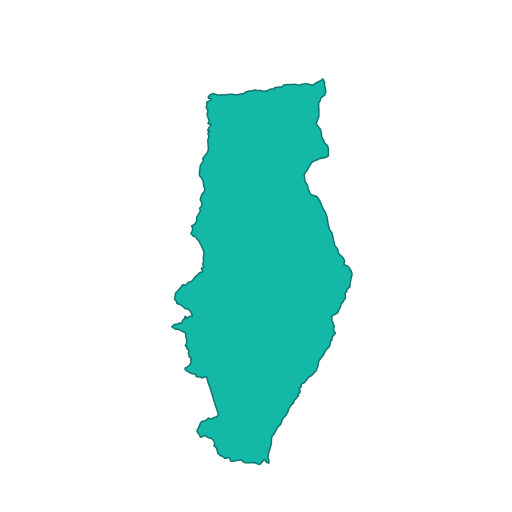 the district of Florencia, Cauca, Colombia, rotated 306°
{"feature_id": "7082276B30849628494153", "entity_name": "Florencia", "entity_type": "district", "adm_level": 2, "iso_a3": "COL", "parent_name": "Colombia", "parent_adm1": "Cauca", "projection": "mercator", "projection_center": [-77.092, 1.698], "detail": "fine", "context": "isolated", "style": "filled", "palette": "teal", "viewbox_px": 512, "rotation_deg": 306, "n_neighbors": 0, "source": "geoboundaries", "source_scale": "gbopen_adm2", "svg_char_len": 6110}
<svg xmlns="http://www.w3.org/2000/svg" viewBox="0 0 512 512"><g transform="rotate(306 256 256)"><path d="M361.0,124.9L358.8,124.0L356.5,124.0L356.1,124.2L355.8,124.9L356.9,126.9L356.2,127.8L354.5,127.4L352.2,126.1L351.2,125.9L350.8,126.1L350.0,127.2L346.9,128.4L345.6,131.3L343.8,132.4L342.2,132.9L341.6,133.4L340.3,135.0L338.2,138.4L337.3,138.8L335.2,139.2L335.0,139.4L335.0,140.2L336.4,142.0L336.2,142.4L331.3,142.6L329.3,143.1L329.0,143.7L329.9,144.6L329.8,145.1L329.1,145.4L327.6,145.0L326.8,145.2L325.5,147.0L325.0,147.4L323.9,148.1L321.6,148.8L321.0,149.2L315.3,154.0L313.4,155.2L311.4,155.8L304.3,155.6L303.0,156.1L302.6,157.1L302.3,157.4L300.4,157.6L296.7,157.6L289.4,161.7L288.3,162.5L287.8,163.3L287.0,166.1L286.1,168.3L285.4,169.2L281.2,173.3L280.4,175.0L279.9,175.5L277.9,176.2L273.5,176.1L269.3,177.5L268.5,178.2L267.8,180.0L266.2,181.8L264.6,182.5L262.6,182.5L262.1,182.3L261.3,182.4L260.1,184.3L259.6,184.6L253.0,185.2L251.8,185.7L249.6,187.4L248.6,187.6L245.2,187.6L242.6,186.3L241.1,188.4L239.9,189.2L238.1,189.8L236.0,190.2L235.6,190.8L235.6,192.7L235.1,194.0L236.2,195.4L235.9,196.5L235.0,198.1L234.5,201.1L231.4,207.2L229.6,210.0L228.2,212.0L227.6,212.5L223.7,214.2L221.0,216.6L218.2,217.7L216.2,220.0L215.6,220.1L214.6,219.3L213.9,219.2L213.5,219.5L212.7,221.4L212.1,222.0L211.7,222.0L209.6,220.4L208.6,220.0L206.8,220.0L205.3,219.4L202.7,219.0L198.0,218.9L197.4,218.7L196.1,217.6L194.3,216.6L191.2,216.3L190.6,215.6L190.3,214.4L189.5,213.7L188.8,213.5L185.9,213.6L184.1,213.3L182.6,213.4L179.7,212.8L177.7,213.1L176.7,213.9L173.4,215.4L172.8,216.5L172.5,218.8L172.2,219.2L171.6,219.3L171.2,219.8L171.3,221.0L172.1,223.0L172.3,224.4L172.3,226.2L171.9,229.1L171.9,230.2L172.5,230.9L172.9,231.7L173.0,233.2L172.7,235.3L171.1,238.4L170.1,239.7L169.8,239.7L168.5,238.2L167.6,237.5L165.0,236.6L164.9,236.0L165.7,235.0L165.6,234.2L164.7,234.3L163.5,234.9L162.6,234.9L161.2,234.5L157.9,235.2L157.3,234.9L156.6,233.3L156.0,232.9L154.9,232.9L153.9,231.4L152.6,230.2L151.1,229.8L149.3,229.6L149.2,231.0L149.5,232.3L149.4,234.1L150.3,235.0L151.3,236.8L151.6,240.0L152.0,241.0L151.8,241.7L152.2,242.9L152.3,244.1L151.7,244.9L149.4,246.8L147.2,249.3L145.9,250.3L145.7,250.8L145.1,251.1L142.2,251.4L142.0,251.6L141.7,252.1L141.5,253.3L140.3,254.9L140.3,256.4L140.1,257.1L139.7,257.7L138.5,258.0L137.7,258.4L137.3,258.7L136.9,259.8L135.2,261.1L135.0,262.5L135.4,263.5L135.2,263.9L133.3,264.3L132.3,265.8L129.9,266.3L127.9,266.2L124.7,265.4L123.8,264.5L123.2,264.7L122.4,265.6L122.4,267.9L122.8,271.8L123.5,274.2L125.0,276.1L124.6,276.8L123.5,278.3L123.4,279.0L125.1,281.6L125.5,282.7L125.4,283.8L125.6,284.1L128.6,286.2L129.0,287.0L128.9,287.5L125.2,291.9L123.3,295.0L111.5,310.7L106.2,318.3L105.7,318.6L104.5,318.8L102.7,318.7L100.4,316.6L99.0,316.5L98.2,316.0L97.6,315.1L97.3,313.6L96.7,312.7L94.9,312.4L92.8,311.8L91.0,309.9L89.5,309.2L88.0,309.3L84.7,310.2L80.0,310.9L79.6,311.2L78.8,312.8L78.2,315.3L76.8,317.3L77.1,318.1L77.4,318.4L80.4,320.0L80.9,320.5L80.8,322.9L81.0,324.3L82.0,326.6L82.3,328.0L81.9,329.4L81.2,331.4L80.7,332.0L79.4,333.1L77.8,333.5L77.4,336.8L74.0,341.3L73.5,344.0L73.5,344.7L74.1,345.5L74.3,346.2L74.0,349.5L74.5,350.5L76.5,352.0L77.0,352.9L76.7,353.9L75.4,355.6L75.4,356.6L75.9,357.5L77.9,359.5L80.1,361.2L81.1,362.7L82.0,363.3L82.3,364.1L82.0,366.3L82.3,368.8L88.0,376.4L89.3,381.2L90.2,381.8L95.4,382.1L96.0,382.3L96.1,383.1L95.5,385.1L95.5,386.4L95.8,388.0L96.9,387.6L98.1,386.6L100.4,383.9L101.7,383.0L104.1,381.9L105.7,381.5L112.8,378.9L118.0,375.6L119.1,375.1L119.8,375.0L120.5,375.2L121.7,374.9L123.1,375.2L124.3,374.9L126.4,374.7L129.0,374.2L131.2,374.3L134.5,374.9L139.6,373.3L144.6,373.8L148.3,373.5L152.0,372.3L156.5,372.1L159.1,372.8L161.0,371.8L161.8,371.8L164.7,372.3L166.2,372.2L168.1,372.6L168.6,371.0L169.3,371.0L170.9,371.8L172.1,371.6L172.7,371.0L173.0,370.0L173.9,369.5L174.3,368.5L174.6,368.4L175.8,369.5L176.3,369.5L179.2,368.0L179.8,368.1L180.9,369.0L182.3,369.7L185.1,369.7L186.0,369.9L188.8,369.8L189.6,370.0L191.7,371.2L198.9,372.1L200.2,371.6L202.4,371.2L208.1,368.5L215.9,368.8L218.4,368.1L220.0,367.9L221.7,368.0L224.4,368.5L225.7,368.5L226.8,368.4L230.9,366.5L233.0,366.8L233.8,365.9L235.0,365.4L236.2,365.3L239.8,365.6L240.3,365.4L240.6,364.9L241.0,362.9L242.3,361.9L245.4,360.4L245.9,359.8L246.0,358.4L247.2,357.7L248.2,355.4L251.2,353.2L251.9,353.0L253.5,353.1L255.8,354.6L258.2,355.3L259.3,355.3L261.2,354.5L263.7,354.5L267.0,353.2L270.8,353.4L272.3,353.0L274.0,353.2L274.8,353.0L276.4,351.4L278.5,349.9L279.6,349.9L280.8,350.3L281.5,349.5L282.5,349.3L286.6,350.1L287.5,349.1L289.3,348.1L297.2,344.7L298.3,343.9L299.1,343.0L300.3,340.7L301.4,337.8L301.7,335.9L301.6,335.2L300.8,333.1L300.9,332.1L303.9,330.7L304.8,329.6L306.0,326.6L306.4,322.3L307.6,320.0L309.3,318.4L309.8,317.4L310.7,313.7L319.5,303.7L320.0,301.3L320.8,299.8L324.2,295.6L329.4,290.5L331.8,286.8L334.2,281.6L338.0,275.5L339.8,270.8L339.8,270.0L339.4,268.3L338.3,265.8L338.0,264.3L338.4,263.1L340.9,259.0L343.5,255.9L344.3,254.5L345.0,251.7L345.9,251.2L349.7,247.5L351.6,246.9L356.2,246.9L360.2,246.4L364.7,246.2L367.8,247.5L369.0,248.6L372.2,250.2L374.9,252.9L377.0,254.6L379.0,255.6L379.7,255.6L384.3,252.3L386.0,250.8L387.1,249.2L387.6,247.8L387.6,245.3L388.2,244.3L389.8,242.1L391.2,238.8L394.0,236.6L395.9,234.2L396.6,233.1L397.5,229.1L398.6,226.8L406.0,224.8L409.9,221.8L411.3,221.1L412.7,219.6L415.2,217.9L415.5,217.3L416.5,216.9L419.4,216.6L422.0,215.5L426.4,216.9L427.9,216.7L430.0,215.9L431.7,214.2L434.5,210.9L435.7,210.1L436.9,209.6L437.1,209.3L437.4,207.8L438.5,206.1L436.0,205.2L431.1,202.7L427.9,201.7L427.3,201.2L425.2,195.9L422.1,192.4L419.5,190.4L418.7,189.1L418.4,187.9L417.5,186.1L415.3,183.7L413.3,180.7L410.7,178.0L408.4,177.7L407.9,177.3L403.9,172.8L403.0,172.3L401.6,172.2L399.3,169.4L396.7,168.2L394.3,166.1L393.3,164.7L392.6,162.3L391.9,161.4L390.9,160.6L390.1,158.2L389.7,157.5L386.9,155.4L385.2,153.2L382.3,151.2L380.6,150.8L379.4,150.1L378.1,148.2L376.5,147.1L375.1,145.7L374.4,144.7L371.9,140.1L367.9,136.1L367.0,134.5L363.9,130.9L363.6,130.2L362.8,127.1L362.1,125.9L361.0,124.9Z" fill="#14b8a6" stroke="#0f766e" stroke-width="1.5"/></g></svg>